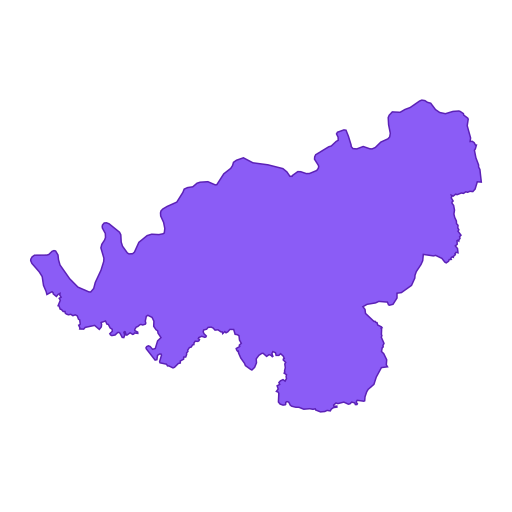 the district of Metsi-Maholo, Mafeteng, Lesotho
{"feature_id": "5366337B55767639194071", "entity_name": "Metsi-Maholo", "entity_type": "district", "adm_level": 2, "iso_a3": "LSO", "parent_name": "Lesotho", "parent_adm1": "Mafeteng", "projection": "orthographic", "projection_center": [27.155, -29.616], "detail": "fine", "context": "isolated", "style": "filled", "palette": "violet", "viewbox_px": 512, "rotation_deg": 0, "n_neighbors": 0, "source": "geoboundaries", "source_scale": "gbopen_adm2", "svg_char_len": 6062}
<svg xmlns="http://www.w3.org/2000/svg" viewBox="0 0 512 512"><path d="M363.8,401.2L364.7,400.8L365.0,396.8L366.7,391.8L368.2,389.3L373.9,384.4L376.3,377.0L381.4,367.6L387.5,366.8L386.3,364.8L386.7,359.8L383.7,353.6L381.5,351.5L382.2,347.8L383.2,346.9L382.9,345.6L384.0,343.4L381.3,337.2L381.9,335.6L381.4,334.4L381.6,329.5L381.1,328.2L382.1,327.8L381.5,326.9L377.7,325.0L377.0,322.6L375.7,322.3L375.0,321.3L373.9,321.4L365.5,313.4L365.0,309.4L362.9,306.7L367.1,304.3L375.6,302.9L378.8,301.4L387.4,302.1L388.5,304.8L389.5,305.2L393.0,304.3L397.0,298.0L397.0,293.2L401.4,292.6L411.5,285.4L414.8,278.1L415.0,275.3L416.3,271.6L421.0,264.5L422.7,260.7L423.3,254.4L433.4,255.9L435.7,255.4L441.9,258.4L444.8,262.1L446.2,262.9L448.6,261.2L449.2,259.6L451.2,259.4L450.7,258.4L452.1,256.9L453.3,257.3L453.2,256.5L454.8,255.3L455.3,254.4L454.9,253.9L456.1,252.3L458.0,252.8L457.5,248.5L455.3,245.9L457.2,244.3L457.0,240.7L457.7,240.3L458.8,241.1L459.0,239.6L460.0,238.5L459.6,236.7L461.0,235.2L458.0,231.2L458.9,229.8L457.8,228.0L458.0,225.3L456.5,223.6L456.4,221.0L454.7,217.4L453.9,214.0L454.5,210.1L453.6,205.4L452.0,203.2L452.0,202.1L453.1,201.0L451.2,197.8L451.8,196.7L451.3,195.2L453.2,196.1L455.8,194.1L457.0,194.7L461.4,193.0L463.5,193.4L465.8,191.8L467.6,192.3L469.9,191.3L472.8,191.6L475.1,189.1L477.3,181.8L481.3,182.1L479.9,169.5L478.6,167.0L478.6,165.0L475.9,157.8L474.4,150.2L475.3,149.0L476.4,145.1L475.5,145.1L474.1,142.6L472.2,141.3L470.1,141.5L470.6,138.0L467.2,125.7L468.2,119.2L467.8,118.2L463.7,115.1L463.4,113.6L460.3,111.5L458.9,111.0L453.0,111.4L445.4,113.7L439.7,112.5L435.5,109.6L430.7,103.2L427.4,102.3L424.9,100.6L421.8,100.1L419.6,101.0L410.2,107.5L404.9,109.5L400.1,112.3L392.3,111.9L389.2,115.2L388.2,117.6L388.6,124.7L390.3,133.3L389.7,136.9L388.0,138.8L380.8,142.1L375.3,147.5L372.1,148.9L369.9,148.8L363.2,146.5L356.8,148.9L352.9,148.6L351.2,146.5L351.1,145.0L348.4,136.2L346.0,130.2L343.9,129.9L337.5,132.2L336.5,133.9L338.1,137.2L338.2,140.3L336.2,141.4L331.3,146.0L328.7,146.8L315.7,154.7L314.7,156.8L314.5,159.2L318.3,165.2L318.7,166.4L318.3,168.3L316.7,170.5L309.5,173.5L306.3,173.6L300.7,171.7L297.8,171.6L292.4,175.5L292.1,176.3L289.9,176.3L286.9,171.9L282.9,168.6L267.9,164.8L252.9,162.8L243.4,157.8L236.5,160.2L233.5,162.3L232.5,165.7L230.7,168.4L223.8,173.8L216.8,184.7L215.3,184.9L207.9,181.7L200.1,182.2L197.0,183.2L192.8,186.8L187.5,187.6L184.2,189.1L182.9,192.4L176.8,202.1L167.2,206.4L162.8,209.0L161.0,210.9L160.5,212.9L160.7,216.0L163.6,222.4L164.8,228.5L164.3,232.9L163.0,233.8L158.9,234.6L151.7,234.2L147.1,235.6L138.9,242.3L134.4,252.2L132.6,253.7L129.0,253.9L127.4,253.0L122.5,246.2L121.2,242.1L120.8,234.8L119.5,232.2L109.1,223.8L106.5,222.8L104.2,223.0L102.5,225.0L102.2,226.5L102.4,228.1L105.3,233.4L105.5,237.5L104.6,240.0L101.8,244.3L100.9,247.9L103.9,258.2L103.7,261.5L101.0,270.2L95.3,282.4L93.7,288.5L90.7,292.0L88.9,291.9L77.9,287.1L69.7,278.8L60.0,265.0L58.5,259.7L58.0,255.0L55.6,251.0L54.0,250.6L52.1,251.3L48.8,254.5L46.8,255.1L34.5,255.2L32.1,256.9L30.8,259.2L30.7,260.7L31.9,263.4L39.2,271.8L42.2,276.6L43.5,285.4L46.2,291.7L46.9,294.5L52.0,291.7L53.1,292.7L53.2,293.8L56.4,296.5L58.1,294.4L60.0,293.4L59.8,295.1L61.1,297.2L59.2,298.3L60.3,300.3L58.1,305.7L59.0,305.9L60.2,309.2L61.4,309.5L63.2,311.5L65.0,311.5L65.2,313.0L66.3,314.0L68.4,314.8L70.8,314.3L72.9,315.7L75.2,314.8L77.3,315.9L78.5,319.2L79.7,319.9L80.2,323.7L80.0,324.6L78.7,325.2L79.9,327.9L79.7,329.0L83.7,329.1L85.2,327.4L94.6,325.4L99.3,329.4L101.3,326.9L101.6,324.5L101.1,322.5L105.5,321.0L106.9,324.1L108.4,324.5L110.1,327.9L112.2,329.3L112.3,331.3L109.8,333.7L110.5,334.9L111.8,335.6L115.1,335.0L117.7,332.5L118.9,332.4L120.0,333.2L122.2,337.4L123.8,337.6L124.7,335.2L123.9,332.3L124.6,331.6L125.2,331.8L126.2,335.0L126.9,335.1L130.1,332.8L132.7,334.4L133.7,334.1L134.4,333.0L137.8,333.4L137.7,332.1L134.8,330.6L134.8,329.4L136.2,327.1L137.8,326.5L139.8,324.8L140.9,324.4L142.7,325.0L145.4,324.1L145.8,323.1L145.3,321.1L146.3,316.3L147.9,315.3L152.1,317.4L153.9,321.2L153.7,326.3L156.0,329.7L157.7,330.9L158.0,333.1L161.0,337.6L157.6,340.9L155.3,348.5L152.6,349.3L150.1,346.5L148.4,345.8L146.7,346.6L146.0,347.7L146.2,348.7L155.1,360.1L156.9,359.7L157.5,355.4L159.5,354.0L161.1,354.1L161.5,355.2L159.6,361.6L160.0,362.8L166.5,364.2L167.5,365.9L168.8,365.9L173.0,367.9L174.5,367.3L178.3,363.5L180.3,363.0L180.3,361.0L183.6,359.2L183.7,357.1L185.7,357.0L186.6,354.6L186.6,352.8L187.9,351.5L187.7,350.1L189.4,347.6L191.3,347.0L192.5,344.9L193.9,344.6L194.0,342.9L195.2,341.2L197.8,341.4L199.0,340.7L199.5,339.5L198.3,338.7L198.7,337.6L201.7,336.3L204.8,337.3L205.8,337.0L206.3,336.0L204.0,333.7L203.2,331.9L203.6,330.0L206.6,329.2L208.1,327.4L211.2,327.1L213.1,328.0L215.0,330.1L218.0,329.8L220.8,331.8L222.3,332.0L222.7,333.6L224.8,331.6L226.0,332.8L227.8,331.8L229.9,329.4L233.7,329.5L235.1,334.3L237.4,334.7L239.0,335.8L239.5,340.1L241.3,343.3L239.3,345.2L239.7,346.5L236.2,348.5L236.6,349.9L237.6,351.3L238.3,351.1L238.6,353.1L240.8,358.1L244.5,363.3L245.4,365.6L250.5,369.3L251.9,370.0L254.6,367.4L256.5,362.8L256.2,358.9L258.9,355.3L261.8,353.4L263.1,353.3L266.6,356.4L269.1,354.6L271.1,355.4L272.3,356.7L272.9,356.3L271.9,353.6L272.9,351.6L275.5,352.7L276.1,355.4L278.8,355.4L280.6,353.7L283.3,356.2L284.3,358.5L283.4,358.9L283.2,359.9L285.7,362.4L284.8,364.0L285.3,367.7L284.5,371.1L284.9,372.0L284.1,373.1L286.5,374.7L286.1,376.7L286.5,378.5L285.1,381.1L283.0,379.6L280.5,380.8L278.9,382.5L279.7,384.4L277.1,385.8L278.2,389.0L276.4,391.4L278.1,392.1L278.8,393.3L278.4,402.0L280.1,404.1L283.0,405.1L285.2,404.8L285.7,404.3L285.7,402.5L286.6,401.7L287.7,401.7L288.9,402.4L290.3,405.2L291.7,406.2L295.6,407.2L299.0,407.3L303.7,409.2L309.8,408.7L313.0,409.3L315.2,408.8L315.7,410.0L320.5,411.9L324.8,411.5L327.1,410.4L330.3,410.9L331.3,409.1L333.5,407.6L336.9,407.1L336.8,406.1L333.9,406.4L333.6,405.1L336.0,403.0L337.9,403.6L343.8,402.1L348.4,404.2L350.0,403.8L351.7,402.1L354.7,402.9L355.4,404.6L356.8,404.6L357.4,403.8L356.6,402.9L356.4,401.6L357.2,400.3L363.8,401.2Z" fill="#8b5cf6" stroke="#5b21b6" stroke-width="1.5"/></svg>